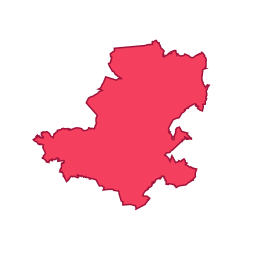 the district of Tepeji del Río de Ocampo, Hidalgo, Mexico, rotated 74°
{"feature_id": "50627088B70341561261436", "entity_name": "Tepeji del Río de Ocampo", "entity_type": "district", "adm_level": 2, "iso_a3": "MEX", "parent_name": "Mexico", "parent_adm1": "Hidalgo", "projection": "natural_earth1", "projection_center": [-99.356, 19.894], "detail": "fine", "context": "isolated", "style": "filled", "palette": "rose", "viewbox_px": 256, "rotation_deg": 74, "n_neighbors": 0, "source": "geoboundaries", "source_scale": "gbopen_adm2", "svg_char_len": 5821}
<svg xmlns="http://www.w3.org/2000/svg" viewBox="0 0 256 256"><g transform="rotate(74 128 128)"><path d="M82.5,145.6L83.5,143.7L84.7,142.4L85.1,145.7L86.5,147.9L87.2,151.2L87.9,153.0L87.7,154.5L88.4,157.7L92.3,161.2L107.4,154.0L109.6,155.9L112.7,156.9L114.8,157.1L118.0,159.7L119.4,160.4L118.2,163.4L118.6,164.2L118.0,164.3L117.0,165.5L117.0,165.8L117.8,166.1L118.3,166.8L118.7,167.8L118.6,170.9L118.3,171.4L115.8,172.9L114.1,175.9L113.5,178.5L114.0,184.4L113.1,184.0L112.6,184.9L113.0,185.2L113.0,185.6L112.5,185.3L111.9,185.8L112.1,187.0L111.3,188.5L111.2,189.6L110.6,190.0L110.5,191.7L111.0,192.7L110.8,196.6L111.9,197.0L112.3,197.5L112.3,198.5L113.5,200.0L113.2,200.6L116.6,202.7L114.4,204.5L111.6,205.1L109.7,206.4L109.1,207.2L109.2,208.3L108.3,211.0L108.5,211.3L108.9,210.8L109.3,211.2L108.9,211.7L109.2,211.9L108.8,212.5L110.4,213.1L111.2,213.1L113.1,211.9L114.2,212.3L114.0,213.3L113.1,213.8L113.1,214.8L111.5,215.2L111.2,215.6L112.1,216.0L110.8,216.9L109.9,217.0L110.6,218.5L111.3,217.6L112.2,218.5L112.0,219.1L113.0,222.0L113.3,221.7L113.4,222.1L114.8,221.3L117.0,218.8L118.0,219.0L118.9,218.5L119.7,217.3L119.0,217.1L119.0,216.8L119.7,216.3L119.9,215.6L121.1,213.9L123.1,215.3L129.4,214.2L131.1,215.9L131.2,216.9L132.7,217.2L132.9,218.5L133.5,218.6L134.3,217.4L136.4,216.1L138.0,215.8L138.7,215.0L138.3,213.8L139.2,213.5L137.1,211.8L138.5,209.9L137.0,209.5L137.9,208.5L138.2,206.6L137.9,205.6L137.2,205.3L137.7,203.5L139.1,203.0L139.3,204.5L139.8,204.4L139.4,203.1L140.7,204.4L141.4,199.7L141.8,198.5L143.6,199.0L143.8,199.6L143.4,199.8L143.4,200.2L144.0,200.3L144.1,200.9L143.6,201.2L143.9,201.8L146.9,202.6L148.5,203.4L148.5,203.9L149.2,204.7L150.3,205.3L151.2,205.0L151.4,205.5L152.2,204.4L151.9,203.6L152.4,203.8L152.8,203.3L154.7,202.8L155.9,203.3L156.3,202.8L156.8,203.4L157.7,202.5L157.9,202.8L162.6,201.8L161.7,200.0L160.9,199.5L161.1,198.9L159.9,197.9L158.7,196.0L159.7,194.5L159.5,193.1L160.6,192.0L161.3,190.6L162.4,190.0L161.8,190.2L161.9,188.8L161.6,190.2L161.3,188.9L160.3,189.3L160.3,189.0L159.3,189.7L159.2,189.1L160.1,188.7L160.5,187.7L161.3,186.6L161.2,186.0L161.7,185.8L161.3,185.2L162.4,184.3L163.1,184.2L162.8,182.5L163.1,182.1L163.8,182.2L164.9,179.5L165.6,178.7L166.3,179.1L166.7,178.1L166.1,177.6L168.9,173.0L175.8,171.5L176.1,169.6L176.5,168.8L178.8,167.3L180.7,169.0L181.7,163.2L182.8,159.4L184.0,158.9L185.7,155.0L186.3,154.6L187.0,154.2L188.6,154.7L196.3,154.6L197.4,153.4L200.6,154.1L202.1,146.6L204.9,142.2L208.1,142.3L208.4,143.6L206.1,132.4L205.2,131.9L204.6,130.5L203.3,129.3L203.1,128.4L202.5,128.6L202.1,127.0L201.5,127.1L201.4,126.6L198.8,128.5L197.5,132.3L196.2,131.9L194.1,130.0L193.4,129.0L192.5,125.7L192.0,125.8L191.5,124.6L190.8,124.8L190.8,122.5L190.2,121.1L189.4,121.1L189.0,120.3L188.3,120.5L188.2,119.3L186.8,119.6L186.8,118.4L187.8,118.2L187.8,117.9L187.1,116.8L185.8,116.2L184.9,113.6L185.1,111.9L185.6,111.6L185.8,110.7L185.3,110.4L184.5,110.7L184.5,109.3L183.6,108.7L184.2,106.9L184.9,106.6L185.7,107.2L186.8,106.3L188.7,106.8L189.1,106.0L190.0,106.0L192.5,106.9L193.4,104.8L192.7,104.5L194.0,101.4L195.0,100.0L194.8,99.4L197.0,98.7L196.9,98.3L198.5,98.1L197.7,94.8L198.6,88.0L197.3,85.3L196.3,81.6L195.8,81.6L196.1,79.7L195.4,79.9L193.3,76.6L190.8,76.1L188.8,75.1L186.4,73.3L184.6,76.4L184.9,76.7L183.3,77.7L183.2,78.6L182.6,78.7L182.5,79.7L181.2,80.5L179.0,82.9L178.1,80.9L176.9,82.3L174.9,82.1L173.1,82.7L174.0,84.7L173.7,84.8L174.8,86.6L173.3,88.0L174.2,89.0L174.4,91.7L166.8,93.4L171.6,96.8L168.6,97.2L165.3,99.0L164.0,100.1L163.8,99.4L162.4,97.9L162.9,96.2L162.9,94.3L161.6,92.7L161.5,91.6L155.7,80.3L156.0,79.9L155.7,79.4L154.5,79.4L154.3,79.0L154.8,77.9L153.4,75.7L152.3,75.7L152.7,75.2L153.7,75.3L153.9,74.3L154.3,75.2L154.9,75.1L155.4,73.1L155.3,71.5L156.2,70.2L155.9,69.9L155.1,70.0L154.3,70.8L150.9,72.6L149.0,73.0L149.0,72.7L146.0,77.4L141.3,78.3L141.4,80.9L142.4,82.3L146.1,83.8L148.8,86.2L149.3,85.9L149.7,86.5L150.5,86.4L151.5,87.0L151.8,87.7L151.1,88.2L149.8,88.7L149.3,88.4L149.1,87.7L148.6,87.8L144.1,88.9L144.3,89.5L143.1,89.9L143.0,89.0L142.4,89.8L141.2,89.0L139.4,89.2L132.8,82.7L132.4,81.8L132.0,78.7L132.2,76.0L128.6,72.3L128.0,70.1L126.9,68.1L126.7,67.9L126.0,68.5L125.3,66.4L125.7,64.7L125.2,64.2L124.6,64.5L123.0,57.5L124.1,55.9L124.9,57.0L126.1,56.4L126.1,55.3L126.6,54.4L128.5,55.8L129.2,54.7L130.4,54.2L132.1,51.8L128.9,50.0L125.9,49.3L126.4,47.3L126.2,47.0L123.4,46.4L122.7,45.2L122.0,44.7L121.5,44.8L121.2,44.4L120.8,44.9L120.0,44.7L119.4,44.0L118.8,44.0L118.5,43.3L117.4,43.3L116.7,42.7L114.9,42.9L113.9,42.6L112.5,41.1L110.7,40.0L109.3,38.2L109.1,38.9L108.4,39.5L108.9,40.7L110.5,42.4L107.7,43.0L106.3,43.7L105.4,43.2L103.7,43.7L100.6,43.4L93.9,40.5L93.4,40.7L92.6,39.9L92.2,38.6L92.3,36.4L91.6,37.3L91.2,37.4L90.5,36.1L85.4,34.7L84.6,34.1L82.1,33.9L80.2,34.9L79.3,34.3L75.7,36.0L75.6,36.3L76.1,36.2L76.5,36.8L76.3,39.4L77.0,40.0L76.7,41.3L77.2,41.8L77.1,43.0L78.1,45.0L78.2,46.7L77.4,48.3L75.9,49.4L75.0,49.7L74.5,51.0L73.7,51.5L72.6,53.1L73.2,53.5L73.8,55.0L73.1,58.1L72.3,59.0L70.9,59.4L70.7,60.0L71.0,60.5L70.4,60.2L70.4,60.5L69.2,61.0L66.7,60.8L66.7,61.9L66.3,62.0L66.7,65.6L67.3,65.0L68.5,66.0L68.1,66.9L67.4,67.2L67.6,67.6L67.3,67.8L67.9,69.0L68.2,68.9L69.1,71.8L68.6,72.2L69.5,73.5L69.5,73.9L69.0,73.9L68.9,74.4L68.4,74.6L67.2,73.4L66.6,74.0L64.0,72.1L61.7,73.2L60.3,74.3L57.1,74.4L56.2,74.9L54.7,74.6L54.1,76.0L51.6,76.7L51.5,77.6L52.2,79.8L52.2,80.4L51.8,80.5L52.0,81.1L54.3,81.4L53.4,85.9L53.4,89.3L47.6,119.2L49.9,119.6L51.8,124.5L54.5,125.0L55.6,124.1L56.1,124.3L56.5,124.9L58.1,125.4L58.4,126.1L59.6,126.3L59.8,126.7L60.5,127.0L60.6,128.9L62.8,128.9L69.1,127.3L70.4,125.8L72.5,125.6L73.5,125.0L73.8,124.4L75.3,123.8L76.0,122.8L77.6,121.9L77.8,121.1L78.7,120.8L77.9,123.5L78.7,126.2L72.7,135.3L78.0,139.4L78.9,140.7L80.8,142.1L82.2,143.8L82.5,145.6Z" fill="#f43f5e" stroke="#9f1239" stroke-width="1.5"/></g></svg>